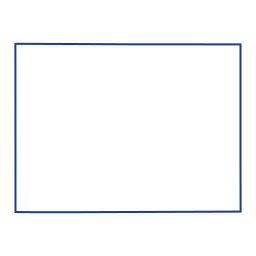 the district of Steele, Minnesota, United States of America, rotated 90°
{"feature_id": "52423323B73087717945589", "entity_name": "Steele", "entity_type": "district", "adm_level": 2, "iso_a3": "USA", "parent_name": "United States of America", "parent_adm1": "Minnesota", "projection": "orthographic", "projection_center": [-93.185, 44.022], "detail": "fine", "context": "isolated", "style": "outline", "palette": "blue", "viewbox_px": 256, "rotation_deg": 90, "n_neighbors": 0, "source": "geoboundaries", "source_scale": "gbopen_adm2", "svg_char_len": 313}
<svg xmlns="http://www.w3.org/2000/svg" viewBox="0 0 256 256"><g transform="rotate(90 128 128)"><path d="M212.0,240.5L212.1,234.4L212.2,221.4L212.2,184.1L211.6,15.4L157.7,15.5L100.1,15.5L44.4,15.5L44.3,128.3L44.0,184.4L43.8,240.6L210.3,240.5L212.0,240.5Z" fill="none" stroke="#1e3a8a" stroke-width="2"/></g></svg>